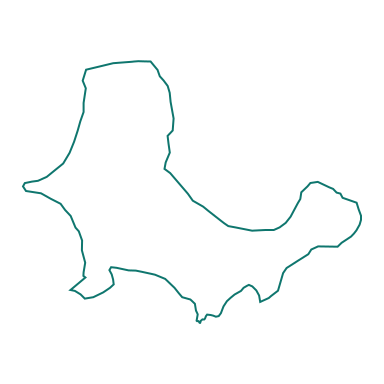 the district of Irepodun, Kwara, Nigeria
{"feature_id": "59680162B70509973828236", "entity_name": "Irepodun", "entity_type": "district", "adm_level": 2, "iso_a3": "NGA", "parent_name": "Nigeria", "parent_adm1": "Kwara", "projection": "orthographic", "projection_center": [4.958, 8.196], "detail": "fine", "context": "isolated", "style": "outline", "palette": "teal", "viewbox_px": 384, "rotation_deg": 0, "n_neighbors": 0, "source": "geoboundaries", "source_scale": "gbopen_adm2", "svg_char_len": 2076}
<svg xmlns="http://www.w3.org/2000/svg" viewBox="0 0 384 384"><path d="M70.5,290.0L74.9,290.9L77.5,292.5L80.6,294.4L84.8,298.6L93.3,297.2L103.2,292.4L108.4,288.9L110.0,287.8L113.7,284.4L113.1,279.5L111.7,274.4L109.4,270.1L111.1,267.2L116.5,267.8L128.7,270.4L135.8,270.6L141.8,271.8L149.6,273.5L150.6,273.7L155.0,274.7L165.2,278.9L174.5,287.8L178.8,293.2L182.2,297.2L190.4,299.5L190.6,299.7L192.0,301.0L194.9,303.8L196.0,310.7L196.1,310.8L197.4,313.6L197.7,314.4L196.6,320.7L197.0,321.1L198.5,321.1L199.6,322.8L200.2,322.8L200.8,320.8L202.4,319.4L204.1,319.5L205.0,318.6L205.9,316.2L207.1,314.6L210.6,315.0L213.1,315.6L215.9,316.7L218.7,316.1L220.9,313.2L223.5,306.4L226.9,301.2L230.6,297.8L234.5,294.6L234.8,294.4L235.7,293.9L241.0,290.9L243.6,287.8L247.0,285.8L248.9,284.9L252.3,286.4L256.3,290.4L259.1,295.5L260.2,301.9L266.2,299.2L268.8,298.0L271.1,296.0L278.0,290.7L283.1,273.1L286.6,268.0L298.0,260.7L308.3,254.2L311.3,249.5L318.1,246.4L337.6,246.7L341.6,242.8L345.1,240.5L351.0,236.6L353.9,233.6L356.4,230.4L359.6,224.7L361.0,219.9L361.0,215.7L358.7,209.5L356.6,202.7L342.6,197.8L340.4,193.6L336.6,192.6L333.1,188.9L329.2,187.3L317.8,181.9L310.4,183.0L307.5,186.4L301.3,192.3L300.3,199.0L297.8,203.2L294.0,210.3L290.6,216.7L285.7,222.9L279.6,227.4L273.8,230.0L265.4,230.0L253.5,230.6L252.2,230.7L235.4,227.4L228.3,226.1L224.1,223.2L221.5,221.2L208.6,211.1L203.1,206.6L192.8,200.7L188.0,193.9L187.0,192.7L176.7,180.7L170.2,173.1L164.5,168.9L165.7,162.4L169.8,152.6L168.5,143.5L167.6,135.9L172.7,130.5L173.6,118.5L170.6,101.9L169.7,92.8L167.7,86.0L163.6,80.5L159.8,76.3L157.5,69.8L156.7,68.9L150.6,61.5L145.0,61.4L138.3,61.2L134.2,61.5L131.5,61.8L122.2,62.5L113.2,63.2L98.7,66.7L86.1,69.7L82.7,80.7L85.8,88.3L83.6,102.9L83.6,112.0L80.3,121.4L77.7,130.6L74.1,141.7L69.6,152.8L63.2,163.5L53.1,171.7L46.7,176.9L38.0,180.8L32.0,181.6L24.8,183.1L23.0,186.4L26.0,191.0L41.0,193.3L50.8,198.8L60.6,203.8L65.1,210.0L70.7,216.0L75.5,227.6L78.8,231.3L82.1,240.5L81.9,250.3L85.2,262.7L83.6,272.3L83.4,275.9L85.4,277.5L70.5,290.0Z" fill="none" stroke="#0f766e" stroke-width="2"/></svg>